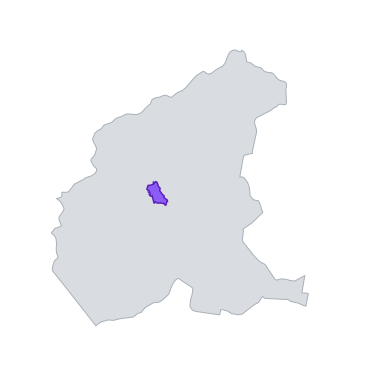 Rumbek East, Lakes, South Sudan (highlighted), rotated 100°
{"feature_id": "79223893B32400871313636", "entity_name": "Rumbek East", "entity_type": "district", "adm_level": 2, "iso_a3": "SSD", "parent_name": "South Sudan", "parent_adm1": "Lakes", "projection": "robinson", "projection_center": [30.005, 6.745], "detail": "fine", "context": "in_parent", "style": "filled", "palette": "violet", "viewbox_px": 384, "rotation_deg": 100, "n_neighbors": 0, "source": "geoboundaries", "source_scale": "gbopen_adm2", "svg_char_len": 4200}
<svg xmlns="http://www.w3.org/2000/svg" viewBox="0 0 384 384"><g transform="rotate(100 192 192)"><path d="M305.8,302.1L295.0,314.4L294.2,315.2L292.8,316.2L288.4,316.2L283.9,315.6L279.7,312.4L275.4,314.8L272.7,315.6L271.1,315.9L267.3,316.3L262.0,317.6L259.6,319.3L258.3,320.6L257.2,323.0L256.7,323.3L255.7,323.0L254.4,322.0L251.5,320.6L250.1,317.5L248.7,315.7L247.7,314.7L243.1,317.8L241.0,318.5L239.2,318.4L235.9,316.7L232.3,315.2L230.4,315.2L227.6,317.1L224.5,319.8L222.8,322.5L222.0,324.2L220.9,321.7L219.9,320.1L218.3,319.5L215.3,320.1L214.6,319.3L214.4,317.1L214.0,315.2L213.2,313.7L210.9,312.3L204.8,309.3L200.2,303.4L197.9,300.6L196.2,298.8L193.8,294.2L191.0,291.0L187.7,289.5L185.5,290.2L183.2,293.7L178.9,296.9L177.0,297.0L174.5,295.2L171.3,294.0L165.6,293.5L163.3,295.0L160.2,297.5L157.6,298.9L156.0,299.1L154.5,298.5L152.8,298.2L151.4,298.1L148.3,295.9L146.8,294.2L145.7,292.6L144.0,291.6L142.0,290.7L140.6,289.2L139.9,287.5L138.7,285.2L137.3,283.1L132.6,279.5L131.3,277.3L130.3,275.2L128.4,272.8L126.4,269.7L125.8,265.1L125.7,261.4L125.3,259.7L124.4,258.0L123.4,256.6L121.8,255.0L118.0,252.6L114.2,249.9L112.3,248.3L108.7,247.7L106.6,246.1L104.9,242.7L104.1,239.9L102.4,237.8L101.6,236.2L101.2,234.4L102.6,229.0L100.5,227.0L97.5,224.5L95.3,221.8L93.9,219.3L90.0,216.0L81.4,211.0L76.5,207.8L73.8,205.0L71.4,202.2L71.2,201.1L72.7,198.3L73.0,196.0L71.7,193.5L66.6,188.7L62.5,183.5L59.4,181.9L51.9,180.4L49.8,179.8L47.5,178.8L45.3,176.5L44.6,173.7L45.7,169.3L45.0,167.9L43.7,167.5L44.1,166.6L45.5,164.4L47.8,163.0L54.0,160.8L54.3,160.0L54.5,157.2L55.0,155.8L57.1,152.0L57.4,150.4L57.5,147.2L57.8,145.6L58.4,144.5L60.1,142.6L60.7,141.4L61.0,138.9L60.8,134.0L61.7,132.0L65.6,127.5L66.6,125.5L67.0,123.6L67.0,121.8L67.2,120.0L68.4,118.2L69.4,117.7L72.2,117.1L74.2,117.5L87.9,114.4L89.5,114.8L90.2,116.7L90.1,119.6L90.3,121.0L91.0,122.0L93.2,123.4L94.7,125.7L95.5,126.6L97.7,128.2L107.8,141.5L110.7,142.7L113.5,142.3L119.0,139.5L121.7,138.8L141.1,139.6L143.2,139.2L143.4,139.2L146.3,145.9L147.7,147.5L168.9,147.5L168.5,145.6L168.7,143.5L172.5,139.4L173.0,138.9L176.3,137.0L179.5,135.7L185.6,134.1L187.9,131.7L189.1,129.5L189.1,125.2L190.0,124.4L191.4,123.4L198.5,119.6L199.7,118.7L212.3,127.8L219.3,134.9L219.7,135.3L220.1,135.4L220.5,135.2L220.8,134.8L221.7,134.5L224.7,134.4L230.4,134.1L232.2,133.2L243.7,120.4L246.6,116.4L247.3,115.5L249.0,112.6L250.7,107.6L251.0,107.1L263.6,95.1L264.0,94.2L264.1,93.4L262.2,89.4L261.8,87.3L261.7,84.2L262.1,79.3L261.9,76.2L261.8,75.4L261.7,75.2L254.7,66.4L272.3,66.3L272.3,65.2L272.3,64.8L271.9,63.8L271.8,62.4L271.8,61.6L271.9,60.9L271.9,60.5L271.8,60.1L271.9,59.8L284.6,60.0L284.4,62.5L282.9,68.4L282.9,71.9L282.6,75.9L282.2,77.1L281.5,78.0L281.3,78.5L281.3,79.0L284.0,101.4L283.8,102.3L283.1,103.7L282.9,104.2L282.9,104.6L283.2,104.8L289.0,107.2L289.3,107.4L289.5,107.6L291.6,110.5L303.2,121.1L303.6,121.6L304.8,125.0L304.9,125.5L305.0,126.3L305.0,126.9L304.7,128.9L304.8,129.8L305.0,130.4L305.1,131.1L305.1,131.3L305.0,131.8L303.3,135.7L302.8,138.4L302.6,140.7L302.7,142.1L302.9,142.9L303.1,143.3L308.2,143.4L308.2,144.7L308.9,164.9L308.9,167.2L308.7,170.0L308.1,171.2L306.7,172.8L305.0,174.2L300.5,174.6L296.7,174.6L294.1,174.2L290.5,174.1L287.1,174.4L285.8,175.7L281.3,186.4L279.9,189.1L279.6,190.7L280.0,191.6L281.7,193.0L285.6,194.9L290.1,196.0L293.4,196.5L295.6,197.0L297.4,197.6L303.7,202.5L305.7,204.8L306.8,206.8L307.1,208.9L308.0,211.1L313.8,217.9L319.2,221.0L321.3,224.6L323.4,226.3L325.3,228.2L326.3,231.0L328.7,239.1L330.3,243.4L332.0,246.8L332.6,252.5L333.9,255.0L335.3,258.1L337.5,260.9L339.8,263.0L340.3,263.6L316.6,290.0L305.8,302.1Z" fill="#d9dde1" stroke="#a8b0b8" stroke-width="1"/><path d="M209.3,227.6L209.3,226.9L208.2,226.5L208.9,224.2L208.3,221.0L208.2,217.5L209.1,217.0L209.5,215.5L205.8,215.1L205.6,214.5L204.0,215.2L202.5,218.6L200.9,218.6L199.2,221.1L196.2,224.1L193.9,224.0L192.3,226.1L188.6,228.0L188.1,229.4L189.1,230.7L189.0,231.7L189.9,231.7L190.0,230.7L191.2,231.4L192.8,234.8L193.0,236.3L195.0,236.7L197.2,236.9L197.7,235.7L198.5,235.4L198.4,234.4L198.7,234.1L200.1,234.6L200.4,233.0L201.5,233.0L202.0,233.6L203.1,232.4L203.4,230.9L202.8,230.5L209.3,227.6Z" fill="#8b5cf6" stroke="#5b21b6" stroke-width="1.5"/></g></svg>